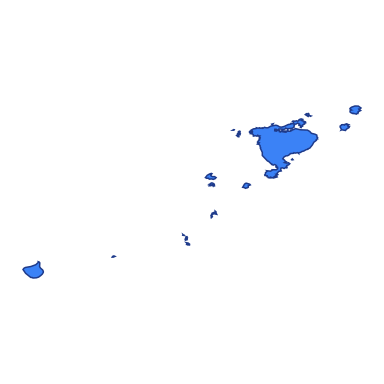 Vestmannaeyjabær, Suðurland, Iceland (Robinson projection)
{"feature_id": "244011B92581391550134", "entity_name": "Vestmannaeyjabær", "entity_type": "district", "adm_level": 2, "iso_a3": "ISL", "parent_name": "Iceland", "parent_adm1": "Suðurland", "projection": "robinson", "projection_center": [-20.315, 63.394], "detail": "fine", "context": "isolated", "style": "filled", "palette": "blue", "viewbox_px": 384, "rotation_deg": 0, "n_neighbors": 0, "source": "geoboundaries", "source_scale": "gbopen_adm2", "svg_char_len": 6130}
<svg xmlns="http://www.w3.org/2000/svg" viewBox="0 0 384 384"><path d="M305.5,121.9L301.6,120.5L302.9,119.8L302.9,119.4L301.1,118.9L299.4,119.5L298.9,119.9L298.9,120.5L297.6,121.2L296.7,120.8L295.0,121.2L293.0,121.0L292.6,121.4L293.7,121.7L293.2,122.9L293.6,123.3L292.6,123.7L291.1,123.3L290.8,123.6L291.1,123.9L290.6,124.2L288.3,124.5L284.3,126.4L281.6,127.1L279.6,126.9L277.7,125.7L275.9,125.2L270.9,126.1L267.9,127.8L266.2,127.8L264.5,127.3L263.0,128.3L262.3,128.3L262.3,127.9L259.9,128.3L259.3,128.0L260.3,127.6L258.0,128.2L256.5,127.8L256.6,128.2L256.1,128.5L253.4,128.9L251.0,130.2L250.7,131.0L249.9,131.2L249.4,131.9L249.6,132.6L250.0,132.6L250.7,132.3L251.7,130.9L252.3,131.0L252.5,131.4L252.0,132.3L252.3,132.7L250.9,133.7L252.5,134.0L253.2,134.6L253.5,135.1L253.2,135.9L253.5,136.1L255.4,135.7L257.0,136.2L258.0,134.7L257.7,135.8L259.3,135.9L258.7,136.3L259.2,136.2L258.9,136.4L259.4,136.9L259.0,137.1L259.6,137.0L259.4,137.6L260.2,137.9L260.0,138.5L260.3,138.5L259.2,139.1L259.6,139.4L259.6,139.9L258.4,140.7L258.5,141.0L257.6,141.9L258.0,142.3L257.7,142.7L258.9,142.8L258.2,143.4L258.8,143.8L258.1,144.2L258.9,144.3L260.1,145.6L260.1,146.6L260.6,147.7L260.3,148.1L262.3,152.4L262.3,155.5L267.5,161.0L268.5,161.3L271.0,163.7L271.8,164.0L271.7,164.5L273.3,165.1L274.6,164.5L275.7,165.0L276.1,165.5L276.0,166.1L276.3,166.0L276.1,166.7L276.8,166.9L276.5,167.1L277.1,167.4L276.8,167.6L277.7,168.1L277.6,168.9L276.3,169.8L273.0,169.7L272.4,170.1L272.0,169.8L270.7,171.2L267.3,170.8L267.7,171.1L266.9,171.4L265.5,172.7L265.4,174.1L264.7,174.9L264.9,175.5L267.1,175.7L267.0,176.6L268.1,177.1L268.2,177.6L269.4,177.9L270.1,177.3L270.5,177.9L271.8,177.8L271.6,177.5L273.4,178.0L275.5,177.4L274.0,176.9L275.5,175.8L276.7,176.2L276.2,175.4L277.1,175.0L276.2,174.3L277.5,174.2L276.9,173.6L277.3,173.0L278.8,171.4L280.9,171.0L280.6,170.7L280.9,170.4L280.7,170.3L280.9,168.2L282.5,167.8L284.1,168.5L285.6,167.6L286.8,167.9L287.0,167.4L285.9,167.5L286.5,167.0L286.2,166.9L286.9,165.4L288.6,164.9L289.8,163.7L288.4,162.7L286.5,163.1L284.5,162.6L286.1,161.7L285.2,161.3L284.7,160.3L282.8,158.8L283.9,157.1L285.8,155.9L287.7,155.7L289.8,154.4L290.2,153.6L293.6,153.3L293.9,152.7L295.3,153.1L297.6,152.6L298.7,153.5L298.6,152.8L300.7,152.4L301.6,151.6L303.9,151.0L306.0,149.7L307.9,149.3L307.9,148.8L309.8,148.1L312.4,144.9L313.8,142.3L316.4,140.3L316.2,139.8L317.2,138.9L317.6,138.9L317.3,137.6L317.5,137.4L317.0,137.1L316.8,135.1L315.0,134.2L311.4,133.3L309.7,131.4L307.4,130.1L300.6,129.8L295.3,128.6L293.9,129.5L290.6,130.2L290.5,131.0L289.9,131.0L290.5,131.1L290.1,131.3L283.8,131.0L285.7,131.3L286.4,132.0L285.8,131.7L285.6,131.8L285.9,132.1L285.5,132.2L283.0,131.8L283.1,131.5L282.6,131.5L282.8,130.7L281.8,130.7L281.6,131.3L280.9,131.2L280.6,132.0L279.5,131.7L279.7,131.1L279.3,130.5L276.1,130.6L276.1,131.1L274.7,130.8L274.8,129.3L276.1,129.3L276.1,129.9L278.1,129.9L278.7,129.1L280.1,129.0L283.9,129.4L285.3,128.8L285.6,128.2L287.5,128.7L287.5,129.9L287.9,130.0L287.8,128.7L292.2,128.3L294.2,127.0L293.9,126.1L294.4,125.3L294.0,124.4L296.2,124.0L297.6,123.1L299.6,124.1L299.6,124.8L298.3,125.4L299.9,125.2L300.6,125.7L300.3,127.2L301.1,127.6L301.7,126.5L302.6,126.2L302.3,125.2L304.7,123.9L304.8,123.3L304.4,123.0L305.7,122.8L305.5,121.9ZM39.6,266.6L39.8,262.9L39.3,262.1L38.2,261.7L38.3,262.4L35.8,264.7L30.9,266.5L25.3,267.5L23.9,268.3L23.0,269.5L25.6,273.3L30.7,277.4L32.5,277.6L32.9,278.0L36.4,277.8L38.6,277.1L40.8,275.5L42.3,274.1L43.3,272.4L43.3,271.3L42.6,269.9L40.5,268.1L39.6,266.6ZM358.3,106.1L354.9,106.0L351.5,107.2L350.3,108.1L349.9,108.8L351.0,109.4L351.0,110.0L351.3,110.1L350.2,110.4L350.0,111.9L351.1,112.8L353.0,113.6L353.2,113.3L356.4,114.1L356.9,113.5L357.8,113.5L357.8,113.0L358.3,112.7L358.1,111.8L360.5,110.6L359.3,110.0L358.8,109.1L360.1,109.0L361.0,108.0L358.3,106.1ZM346.9,123.8L346.2,123.9L346.2,124.5L345.0,124.3L344.5,125.0L343.1,124.6L341.5,124.8L341.2,125.5L340.2,126.0L340.1,127.0L341.5,129.4L341.1,130.1L341.9,129.8L345.5,130.5L346.4,129.2L349.0,127.6L349.5,126.5L348.0,126.5L347.8,125.7L347.3,125.8L348.8,124.7L347.3,124.3L346.9,123.8ZM211.8,173.6L211.3,173.4L209.5,174.0L207.2,175.3L205.4,177.6L206.7,178.3L208.3,178.2L209.3,179.2L211.6,178.9L213.2,179.4L215.1,178.7L216.1,177.6L214.8,176.8L215.2,176.6L212.5,176.6L211.4,176.2L210.8,175.5L211.3,174.8L210.6,174.5L211.8,173.6ZM246.5,183.2L245.4,183.4L244.4,184.3L242.7,187.3L244.5,187.6L245.3,188.3L247.6,187.7L248.3,187.2L248.2,185.8L250.3,184.9L249.7,184.2L246.5,183.2ZM216.1,212.0L215.2,211.2L215.3,211.9L212.1,213.2L211.7,214.4L211.0,215.4L211.5,215.9L211.1,216.8L211.3,217.7L212.4,216.7L211.8,215.4L212.4,214.4L214.0,213.7L216.7,214.3L215.9,212.7L216.1,212.0ZM211.6,182.9L210.4,183.5L210.2,183.8L210.7,183.9L209.4,184.3L209.6,184.6L209.2,184.8L211.0,185.2L212.1,184.8L212.7,184.7L213.9,185.6L212.9,186.1L214.5,185.9L214.3,184.2L212.8,183.1L211.6,182.9ZM308.7,113.6L308.2,113.4L307.4,114.0L306.7,113.8L306.4,114.4L305.8,114.5L305.8,114.2L305.3,114.6L308.2,116.5L308.6,116.0L308.1,115.5L309.0,114.5L308.7,113.6ZM187.9,244.9L189.5,245.0L189.6,244.2L188.3,243.1L186.3,242.7L187.0,243.4L186.6,244.4L188.1,244.5L187.9,244.9ZM186.2,236.7L185.8,237.6L186.6,237.7L185.1,239.2L185.4,240.2L187.0,239.7L186.8,239.4L187.2,239.0L187.3,238.5L186.8,238.1L187.1,237.8L186.6,237.6L186.9,236.7L186.2,236.7ZM239.9,133.3L237.7,133.2L238.1,133.4L237.5,133.7L237.4,134.3L240.1,134.6L239.9,133.3ZM239.5,131.1L238.6,131.5L238.2,132.0L238.9,132.7L240.1,132.9L239.8,132.1L240.1,131.4L239.5,131.1ZM239.0,136.1L237.7,135.2L236.7,135.5L237.8,136.6L238.8,136.8L239.0,136.1ZM113.9,255.9L112.6,256.4L112.2,257.1L113.3,257.1L115.0,256.4L113.9,255.9ZM211.4,185.7L209.5,185.4L209.3,185.8L211.4,185.7ZM293.0,159.7L292.3,158.9L291.6,159.7L292.0,159.9L293.0,159.7ZM213.3,185.2L212.3,184.8L211.8,185.2L212.3,185.5L212.9,185.2L213.1,185.7L213.3,185.2ZM272.6,124.6L273.1,123.8L271.7,124.2L272.0,124.6L272.6,124.6ZM234.2,129.7L233.7,129.6L232.7,130.2L233.9,130.2L234.2,129.7ZM183.4,235.1L183.2,235.3L184.0,235.4L183.0,234.6L183.1,234.9L182.2,235.0L183.4,235.1ZM311.0,116.0L309.9,115.7L309.7,115.7L310.4,116.3L311.0,116.0Z" fill="#3b82f6" stroke="#1e3a8a" stroke-width="1.5"/></svg>